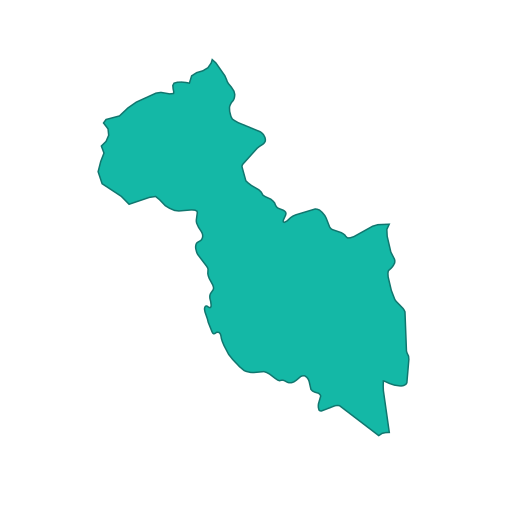 outline of San Miguel, rotated 348°
{"feature_id": "SLV-1352", "entity_name": "San Miguel", "entity_type": "Department", "adm_level": 1, "iso_a3": "SLV", "parent_name": "El Salvador", "parent_adm1": "", "projection": "orthographic", "projection_center": [-88.259, 13.545], "detail": "fine", "context": "isolated", "style": "filled", "palette": "teal", "viewbox_px": 512, "rotation_deg": 348, "n_neighbors": 0, "source": "natural_earth", "source_scale": "10m", "svg_char_len": 3565}
<svg xmlns="http://www.w3.org/2000/svg" viewBox="0 0 512 512"><g transform="rotate(348 256 256)"><path d="M226.8,73.1L230.5,66.4L236.1,64.3L242.4,63.8L248.1,61.9L252.3,57.9L254.0,54.8L256.9,58.8L263.0,73.2L263.9,77.6L264.1,79.4L264.9,81.7L267.0,85.7L268.7,90.2L268.8,93.5L268.4,95.0L267.9,96.3L267.3,97.5L266.5,98.6L265.6,99.5L264.5,100.3L263.6,101.1L262.0,103.1L261.4,104.1L261.0,105.0L260.8,106.0L260.3,109.1L260.5,114.3L260.9,115.7L261.3,117.1L263.2,119.1L266.2,121.8L285.9,135.3L287.1,136.6L288.5,138.7L289.4,141.9L289.4,143.9L289.0,145.5L288.2,146.5L287.2,147.4L286.0,148.1L282.0,149.6L279.6,150.8L262.4,163.3L261.5,164.2L260.9,165.4L260.9,166.8L261.7,180.3L263.4,182.8L266.1,186.0L272.7,192.0L274.4,194.6L275.4,197.9L277.3,199.8L282.3,203.5L284.2,206.0L285.3,208.1L285.5,209.7L285.9,211.2L286.4,212.4L287.2,213.5L288.4,214.4L292.1,216.8L293.3,218.0L294.1,219.4L294.1,220.8L293.5,222.1L290.4,226.3L289.8,227.4L289.9,228.4L290.8,229.0L293.6,228.2L297.8,225.7L300.5,224.6L303.5,224.0L323.7,222.3L325.6,223.0L327.6,224.2L329.8,227.1L331.7,230.7L332.5,233.5L334.1,243.2L334.7,244.3L335.4,245.4L336.6,246.3L344.3,250.9L346.0,252.5L347.3,254.0L347.7,255.1L348.6,256.5L349.4,257.4L351.9,257.8L355.8,257.4L376.3,251.1L381.7,250.7L392.9,252.6L389.5,257.2L388.4,264.0L388.7,280.2L390.8,288.0L390.8,289.7L390.2,291.6L388.3,293.9L386.8,295.2L385.4,296.2L383.1,297.5L382.2,298.3L381.4,300.5L380.9,303.9L381.2,317.7L382.7,327.2L383.2,328.6L383.9,329.9L388.8,337.7L389.4,339.0L389.8,340.3L390.1,341.6L383.4,380.3L383.6,382.5L384.4,385.7L384.0,389.0L377.2,411.4L375.9,412.7L373.5,413.4L371.8,413.4L370.1,413.1L364.6,411.1L360.0,408.4L355.7,405.2L354.6,404.7L353.3,410.0L352.6,414.2L349.7,456.3L346.1,455.7L342.5,455.7L338.7,457.2L306.6,419.8L305.2,419.3L303.7,419.0L302.1,418.9L287.8,421.2L286.5,420.8L285.6,419.8L285.5,417.1L285.8,415.4L286.3,413.7L290.2,406.4L289.9,405.0L288.7,403.3L285.2,401.4L283.2,399.8L282.0,397.9L281.9,389.9L281.7,388.4L281.2,386.7L280.4,385.1L278.6,383.2L276.4,382.9L274.8,383.1L269.8,385.8L267.2,386.9L265.7,387.2L264.2,387.3L262.8,387.0L261.4,386.6L260.3,385.9L258.3,384.2L257.2,383.4L255.9,382.9L254.4,382.8L253.1,382.9L251.5,381.9L249.4,379.8L244.7,374.3L242.1,372.1L239.7,370.7L229.4,369.5L226.6,368.8L222.7,367.0L221.6,366.3L220.6,365.6L216.9,360.9L211.7,352.4L208.8,346.6L206.1,337.0L205.3,332.8L205.0,329.7L205.1,326.2L204.8,324.5L204.0,323.1L201.9,322.4L199.5,323.3L198.5,323.3L197.8,322.7L197.2,321.0L195.5,311.0L195.4,307.6L194.5,300.4L194.5,298.8L194.6,297.1L195.1,295.8L195.9,294.8L196.8,294.5L197.6,294.8L198.2,295.3L198.9,296.2L199.8,296.8L200.7,296.9L201.5,296.1L201.9,294.7L202.2,291.3L202.1,288.0L202.3,286.4L202.7,285.0L203.4,283.7L204.2,282.8L207.0,280.2L207.8,278.7L207.9,277.5L207.7,275.4L205.6,268.3L205.2,265.5L205.2,263.3L206.3,259.1L206.3,257.8L205.6,255.8L199.3,242.4L198.9,240.9L198.7,239.4L198.6,236.2L198.8,234.6L199.3,233.2L199.8,232.1L200.7,231.0L201.9,230.4L204.7,229.5L205.9,228.9L206.8,227.9L207.5,226.8L208.0,225.5L208.2,224.0L208.0,222.1L207.3,219.9L205.8,216.1L204.8,211.6L204.8,210.0L205.1,208.4L207.6,201.4L207.6,199.9L205.9,198.5L202.6,197.5L189.9,195.9L185.8,194.5L181.3,191.3L177.7,187.9L173.4,180.9L170.2,176.9L163.9,176.5L142.6,179.0L136.6,169.6L120.5,153.3L119.1,140.7L123.8,131.2L128.7,123.7L127.6,116.3L133.2,112.7L137.0,107.3L137.7,100.9L134.5,94.2L136.7,92.2L137.7,91.3L151.6,90.6L161.4,84.6L170.9,80.6L192.0,75.9L197.0,76.2L205.3,79.5L209.1,79.9L209.7,78.4L209.7,75.2L210.1,71.9L211.8,69.9L215.2,69.7L219.3,70.4L223.5,71.7L226.8,73.1Z" fill="#14b8a6" stroke="#0f766e" stroke-width="1.5"/></g></svg>